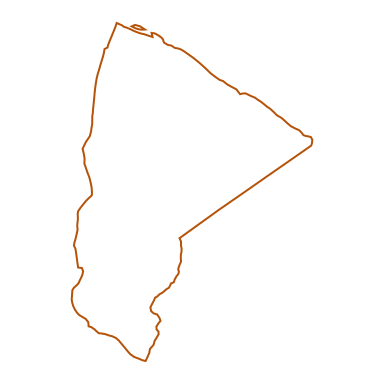 outline of Itarema, Ceará, Brazil
{"feature_id": "56859067B50082405211585", "entity_name": "Itarema", "entity_type": "district", "adm_level": 2, "iso_a3": "BRA", "parent_name": "Brazil", "parent_adm1": "Ceará", "projection": "mercator", "projection_center": [-39.901, -3.07], "detail": "fine", "context": "isolated", "style": "outline", "palette": "amber", "viewbox_px": 384, "rotation_deg": 0, "n_neighbors": 0, "source": "geoboundaries", "source_scale": "gbopen_adm2", "svg_char_len": 2593}
<svg xmlns="http://www.w3.org/2000/svg" viewBox="0 0 384 384"><path d="M145.6,361.0L147.1,357.9L148.3,355.1L149.3,352.9L149.9,349.0L153.5,344.9L154.7,340.7L156.7,337.6L158.6,334.2L158.5,331.6L156.6,329.5L156.4,326.6L158.6,323.1L160.5,320.9L159.5,318.0L157.2,314.5L153.7,313.4L151.1,311.1L150.4,307.3L152.0,304.2L153.8,300.8L155.1,297.7L157.3,296.4L159.6,294.2L162.0,292.9L163.9,291.5L166.3,289.3L169.0,287.7L171.1,283.4L173.8,282.3L174.7,279.5L176.4,276.4L178.4,273.9L178.9,271.5L178.2,269.1L179.2,265.8L181.0,261.6L180.8,258.0L180.8,254.8L181.5,251.9L181.6,248.6L181.0,245.5L181.0,241.5L179.5,238.2L218.5,210.1L247.8,189.8L266.8,176.5L284.8,164.0L311.1,145.7L312.0,143.2L312.3,139.7L310.8,137.0L308.3,136.4L305.9,136.0L303.5,135.2L301.6,132.7L299.2,130.2L295.3,128.5L291.0,126.3L287.9,123.7L284.4,120.5L281.7,118.1L279.6,116.8L276.9,115.3L274.4,112.7L271.3,109.8L269.5,108.3L267.3,106.9L263.4,103.7L260.9,101.7L257.6,99.6L254.8,97.6L250.9,96.0L245.7,93.4L242.8,93.5L240.1,94.2L236.2,89.2L231.5,86.8L227.1,84.3L223.0,81.0L219.6,79.9L216.2,77.5L213.9,75.8L210.5,73.2L208.5,71.2L205.7,68.5L203.6,66.6L200.4,63.7L197.7,61.4L193.2,57.8L190.7,56.0L187.7,53.9L183.6,51.0L181.0,49.5L178.3,48.5L174.8,47.9L171.4,45.6L167.8,44.9L163.9,42.5L163.0,39.5L161.5,37.6L158.5,35.5L155.1,33.5L151.6,32.9L152.5,37.0L143.8,34.1L140.4,33.4L136.0,31.8L133.2,30.6L130.0,29.0L126.5,27.6L123.9,26.8L122.0,25.3L119.6,24.3L116.7,23.0L115.3,27.2L108.3,44.4L107.5,47.5L104.5,49.1L103.9,53.0L102.6,57.8L100.2,65.6L99.2,69.3L98.5,71.6L97.6,74.5L96.6,78.6L95.9,83.0L95.5,85.5L94.8,91.2L94.1,99.2L93.1,109.0L92.8,113.1L92.3,116.0L92.2,124.2L91.7,126.7L91.0,131.7L89.8,136.2L85.8,142.1L84.0,145.9L82.6,148.8L84.0,154.7L84.6,158.7L84.4,163.6L85.9,167.9L87.4,172.4L89.4,177.5L90.7,182.8L91.5,186.7L91.8,189.8L92.0,192.5L91.8,195.3L87.7,199.2L85.9,201.0L80.6,207.6L78.1,211.3L77.7,213.9L77.9,219.3L77.6,221.7L77.2,225.7L77.6,229.7L76.5,234.7L75.8,237.9L74.5,242.4L73.9,245.5L75.5,248.9L76.4,255.1L76.9,259.0L78.1,267.5L81.9,268.0L83.1,271.3L82.4,274.8L80.9,278.2L79.7,280.6L78.4,283.5L76.3,285.6L74.0,287.6L72.4,290.1L72.2,292.8L72.0,295.6L71.7,299.5L72.2,302.6L73.2,306.0L74.8,309.4L77.3,313.1L79.3,315.1L82.5,317.0L85.8,319.0L88.3,322.2L88.6,326.3L91.4,327.2L94.6,329.4L96.3,331.1L98.8,333.2L101.9,333.5L105.8,334.3L109.1,335.5L112.1,336.2L115.9,338.0L118.9,340.6L121.1,343.3L123.9,346.6L126.0,349.2L127.9,351.5L130.3,354.2L133.8,356.7L136.9,358.0L139.4,358.9L142.3,360.2L145.6,361.0ZM144.9,29.5L140.0,26.3L135.1,24.9L131.7,26.4L135.5,28.3L138.8,29.3L141.6,29.7L144.9,29.5Z" fill="none" stroke="#b45309" stroke-width="2"/></svg>